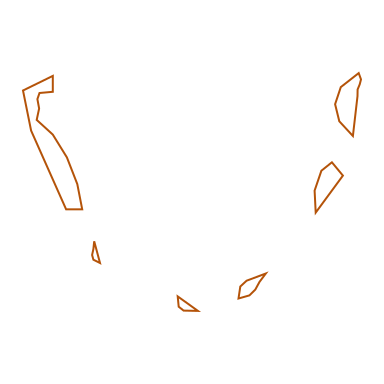 the border of Addu
{"feature_id": "MDV-5243", "entity_name": "Addu", "entity_type": "City", "adm_level": 1, "iso_a3": "MDV", "parent_name": "Maldives", "parent_adm1": "", "projection": "orthographic", "projection_center": [73.171, -0.633], "detail": "fine", "context": "isolated", "style": "outline", "palette": "amber", "viewbox_px": 384, "rotation_deg": 0, "n_neighbors": 0, "source": "natural_earth", "source_scale": "10m", "svg_char_len": 700}
<svg xmlns="http://www.w3.org/2000/svg" viewBox="0 0 384 384"><path d="M36.7,119.9L52.8,134.6L66.9,157.4L77.3,184.1L82.2,209.3L66.1,209.3L31.1,130.6L23.0,90.5L52.8,75.9L52.8,91.8L39.5,93.0L37.4,99.1L39.1,108.4L39.1,108.6L36.7,119.9ZM357.5,96.1L352.9,136.0L339.3,121.3L335.1,104.2L340.8,87.1L358.7,73.1L361.0,79.4L359.7,84.4L357.6,89.5L357.5,96.1ZM342.9,175.6L315.7,212.6L314.6,190.6L321.4,170.7L331.9,162.3L342.9,175.6ZM265.8,273.5L259.5,281.9L255.3,289.6L249.4,295.4L238.5,298.5L240.3,286.5L246.6,280.7L265.8,273.5ZM177.7,296.4L197.9,310.9L183.6,310.6L178.7,306.7L177.7,296.4ZM94.2,241.3L100.0,263.0L93.4,259.7L92.1,255.0L93.4,249.0L94.2,241.3Z" fill="none" stroke="#b45309" stroke-width="2"/></svg>